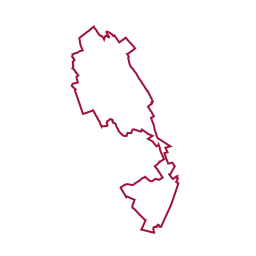 the district of Perieni, Vaslui, Romania, rotated 338°
{"feature_id": "2599482B28911022909883", "entity_name": "Perieni", "entity_type": "district", "adm_level": 2, "iso_a3": "ROU", "parent_name": "Romania", "parent_adm1": "Vaslui", "projection": "orthographic", "projection_center": [27.615, 46.258], "detail": "fine", "context": "isolated", "style": "outline", "palette": "rose", "viewbox_px": 256, "rotation_deg": 338, "n_neighbors": 0, "source": "geoboundaries", "source_scale": "gbopen_adm2", "svg_char_len": 5742}
<svg xmlns="http://www.w3.org/2000/svg" viewBox="0 0 256 256"><g transform="rotate(338 128 128)"><path d="M121.5,232.1L138.6,215.9L139.6,214.8L147.0,206.4L153.0,199.3L153.9,198.2L154.0,197.9L153.9,197.8L152.9,196.9L152.6,196.0L152.5,195.8L152.8,195.7L154.3,194.6L154.8,193.9L155.3,193.4L154.5,192.5L155.7,191.1L154.8,191.0L152.7,191.6L151.5,192.1L151.3,192.1L150.9,191.9L150.7,191.9L150.6,192.0L150.5,191.9L150.3,191.6L150.3,191.4L150.0,191.0L149.4,188.1L149.2,187.9L148.8,186.4L149.0,186.3L149.4,186.6L149.5,186.6L150.1,186.6L154.7,182.8L155.6,182.2L157.0,181.1L157.0,180.9L156.9,180.6L156.7,179.7L156.4,178.5L156.4,177.7L156.2,177.2L156.2,176.8L155.8,176.6L152.9,176.3L151.9,176.0L152.0,173.5L152.0,170.6L152.1,167.9L152.3,165.0L155.6,165.3L155.3,160.3L160.5,160.9L151.6,148.4L151.7,148.1L151.7,147.1L151.7,146.5L151.7,146.1L151.6,145.8L151.8,145.2L151.9,143.7L152.0,141.1L152.2,138.6L152.8,136.2L152.9,134.7L153.1,133.9L153.0,132.7L153.2,127.2L156.4,126.8L155.8,122.2L154.7,116.5L154.5,115.7L155.1,115.5L155.3,115.3L159.3,114.4L159.2,113.2L160.9,113.0L160.8,111.2L160.8,109.8L160.6,107.2L160.1,101.0L160.0,100.8L159.7,100.8L159.4,99.3L159.3,98.9L158.8,96.1L158.4,93.8L158.2,93.1L157.7,89.8L156.8,86.4L156.6,85.0L156.5,84.0L156.4,83.4L156.2,82.1L156.2,81.8L156.3,81.4L155.9,80.2L155.4,78.3L155.1,77.3L154.9,76.4L154.8,75.8L154.5,74.4L154.0,73.9L153.6,72.3L153.4,69.4L153.7,67.4L154.2,64.8L154.3,63.2L154.5,63.0L155.0,62.6L155.5,62.0L155.0,59.2L155.2,59.3L155.6,59.2L164.4,56.9L164.2,55.9L163.9,54.8L161.2,47.9L159.7,43.4L155.6,44.5L152.0,45.3L150.7,39.8L150.2,38.0L150.0,37.0L149.0,37.3L148.9,37.2L148.4,35.5L146.3,32.3L145.0,31.0L144.4,30.6L144.2,30.6L144.0,31.1L143.9,31.5L143.8,31.8L143.8,32.3L144.6,36.3L144.6,36.6L144.3,36.7L143.9,36.3L143.2,35.3L142.8,34.9L141.8,34.2L141.3,34.3L139.0,37.0L138.8,34.6L138.6,34.0L138.3,33.4L137.7,32.5L137.2,32.2L136.8,32.1L136.7,32.0L136.1,30.2L135.4,26.9L135.4,26.3L135.3,25.5L134.5,23.1L134.3,22.0L134.3,21.2L131.3,22.1L130.4,22.3L130.3,22.5L130.1,22.6L126.5,23.6L126.2,23.6L124.7,24.0L123.2,24.5L122.9,24.5L122.4,24.7L119.0,25.6L117.9,26.0L117.4,26.1L116.6,26.4L116.1,28.1L115.9,29.8L115.6,30.5L115.4,31.4L115.4,31.7L114.9,34.7L115.0,35.5L115.1,39.0L112.5,38.8L111.3,38.8L109.3,39.2L108.5,39.2L107.9,39.0L106.4,38.9L104.8,38.9L104.0,38.9L103.8,39.8L103.7,40.0L103.4,40.5L103.1,40.7L103.0,40.8L103.1,41.2L103.0,41.6L103.1,42.1L103.1,42.3L103.4,42.6L103.4,43.1L103.7,43.6L103.7,44.0L103.9,44.4L103.9,44.9L103.8,45.0L103.3,45.1L102.7,45.5L102.4,45.5L102.2,45.7L101.9,45.8L101.5,46.0L101.4,46.6L101.5,46.8L101.1,47.4L101.0,48.5L100.8,48.9L100.7,49.0L100.6,49.6L100.3,50.0L100.2,50.8L99.8,50.9L99.4,51.7L98.9,51.9L99.4,52.5L99.7,53.2L99.8,53.7L100.0,54.2L100.1,54.7L100.4,55.2L100.4,56.0L100.5,56.4L100.4,56.7L100.5,56.8L100.3,57.0L100.6,57.5L100.9,57.7L101.0,58.2L101.0,58.7L101.1,59.0L101.3,59.2L101.4,59.6L101.4,59.9L101.6,60.7L99.4,61.2L99.2,61.9L99.1,62.6L98.9,64.3L98.7,65.8L98.6,66.1L98.3,67.1L96.5,66.8L94.5,66.3L93.7,66.4L93.3,66.3L93.0,66.4L92.9,66.5L91.6,67.9L93.8,72.4L93.2,72.4L93.1,72.5L92.9,72.8L92.9,73.0L92.0,89.7L91.7,94.8L91.7,95.8L91.6,96.3L91.6,97.6L91.6,98.1L95.3,98.4L97.4,98.4L98.5,98.5L100.0,98.5L101.5,98.8L101.9,98.7L102.2,98.5L102.3,99.0L102.3,99.3L102.6,100.5L102.6,101.5L102.9,102.9L102.9,104.1L102.9,104.6L103.2,105.7L103.4,106.2L103.3,106.3L103.5,107.5L103.4,107.6L103.3,108.0L103.4,108.5L103.4,109.0L103.7,109.7L103.6,109.9L103.7,110.5L103.8,110.8L103.9,111.0L104.0,111.4L104.1,112.3L104.0,112.9L103.8,113.2L103.8,113.8L103.8,114.2L104.1,115.4L104.1,116.8L104.3,116.6L104.6,116.6L105.5,117.0L109.3,118.3L109.9,117.6L110.3,117.1L110.3,116.7L110.1,116.1L110.0,115.6L110.8,114.5L111.2,114.1L113.7,113.5L114.9,113.0L115.9,114.2L116.1,114.4L116.2,114.2L116.3,114.3L116.5,114.5L116.8,115.2L116.8,115.3L116.3,116.0L115.9,116.5L116.2,117.6L117.3,118.2L117.9,119.0L118.0,119.4L117.9,119.6L118.0,119.8L118.0,120.6L118.0,121.0L117.8,121.8L117.8,122.4L118.2,125.4L118.5,128.4L118.6,128.5L119.0,129.4L119.3,130.3L120.5,132.9L120.8,133.4L123.5,134.9L123.8,134.8L125.0,133.0L125.2,132.8L125.7,132.4L125.9,132.4L126.9,133.0L129.2,134.0L129.4,133.8L130.7,131.7L132.3,131.2L132.6,131.2L134.3,132.7L137.3,135.1L138.6,136.2L138.9,136.2L139.6,135.2L140.3,134.6L144.3,140.9L147.8,144.5L142.5,145.5L145.7,149.6L146.9,153.8L147.5,155.7L149.4,155.3L149.8,155.2L150.1,154.8L150.1,156.3L150.0,158.3L149.7,159.7L149.4,162.4L149.5,162.8L149.5,164.3L149.6,165.5L149.5,167.0L149.7,167.7L149.6,168.0L149.7,169.6L149.7,170.5L148.7,170.5L145.5,171.2L145.1,171.2L144.5,170.9L144.2,171.3L143.8,171.7L140.2,173.1L138.5,173.6L138.7,174.2L139.6,176.8L141.5,186.9L140.4,187.2L137.4,187.6L137.1,187.5L136.2,186.9L135.9,186.6L135.5,186.0L134.2,185.6L133.4,185.6L131.9,186.1L130.7,186.2L130.2,186.2L129.3,185.9L128.6,185.4L127.8,183.9L126.3,181.4L125.6,179.6L124.7,179.9L123.5,179.9L121.2,180.2L119.0,181.2L117.8,181.2L116.0,181.6L115.1,181.7L112.9,182.4L111.3,182.6L111.0,182.6L110.4,182.3L109.5,181.8L108.0,180.8L106.5,179.9L106.1,179.6L104.1,179.5L103.4,179.6L102.6,179.7L101.9,179.8L100.3,180.1L99.0,180.3L98.8,180.4L98.8,181.0L99.0,182.1L99.6,185.7L100.4,191.2L100.9,190.6L104.4,194.3L107.2,197.0L104.7,199.9L103.4,201.2L102.7,202.0L102.6,202.5L102.2,203.5L103.4,204.9L103.5,205.2L103.4,205.3L103.4,205.5L104.3,207.5L106.0,211.9L108.7,218.3L109.1,219.1L109.8,219.9L106.7,223.1L105.7,224.0L105.0,224.8L102.3,227.2L104.5,228.7L106.6,230.3L110.3,233.0L110.8,233.4L111.0,233.5L111.7,234.0L113.0,234.8L113.1,234.4L113.6,231.1L114.3,230.0L114.6,229.7L115.4,229.7L116.3,229.8L116.5,229.8L116.5,230.0L117.4,230.6L119.2,228.9L119.4,228.8L119.8,229.4L120.1,229.7L120.3,229.9L120.2,230.3L120.5,230.9L120.4,231.2L120.3,231.4L120.8,231.6L121.1,231.7L121.5,232.1Z" fill="none" stroke="#9f1239" stroke-width="2"/></g></svg>